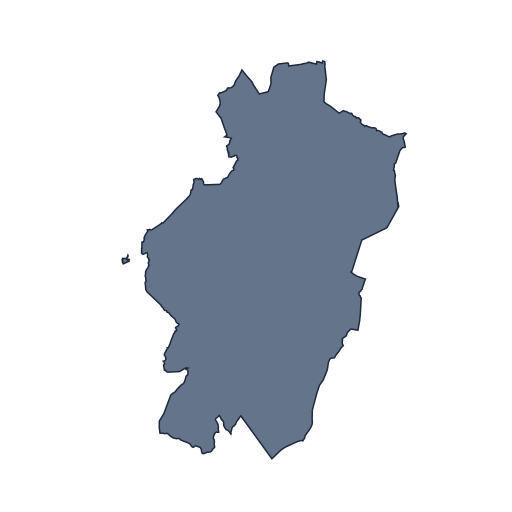 Zamora, Michoacán, Mexico, rotated 101°
{"feature_id": "50627088B36959720964142", "entity_name": "Zamora", "entity_type": "district", "adm_level": 2, "iso_a3": "MEX", "parent_name": "Mexico", "parent_adm1": "Michoacán", "projection": "mercator", "projection_center": [-102.276, 20.024], "detail": "fine", "context": "isolated", "style": "filled", "palette": "slate", "viewbox_px": 512, "rotation_deg": 101, "n_neighbors": 0, "source": "geoboundaries", "source_scale": "gbopen_adm2", "svg_char_len": 6082}
<svg xmlns="http://www.w3.org/2000/svg" viewBox="0 0 512 512"><g transform="rotate(101 256 256)"><path d="M220.2,155.2L203.3,132.9L180.3,125.3L177.8,126.2L178.9,126.5L171.6,128.5L161.5,132.1L154.4,134.4L150.4,134.5L147.1,136.1L145.7,136.5L145.4,137.5L141.9,137.3L141.3,137.6L139.1,137.8L138.6,137.0L138.1,136.6L125.0,134.8L121.8,133.0L121.4,132.2L121.2,130.9L120.7,130.2L115.6,132.3L112.6,133.9L111.7,134.1L111.0,134.1L110.1,133.6L107.3,131.9L106.8,133.5L107.3,134.2L107.4,134.8L107.8,135.2L108.3,136.5L109.0,138.7L109.1,140.0L112.4,146.4L113.4,146.9L113.5,148.5L112.3,153.0L112.2,154.6L111.1,155.7L110.9,156.4L110.5,156.3L109.6,159.2L109.5,160.0L109.9,161.5L108.5,162.1L107.7,163.0L107.6,164.2L108.1,167.0L107.5,171.1L106.9,172.4L107.5,173.6L108.0,174.0L107.2,174.7L106.7,176.8L106.3,177.5L104.8,179.2L104.3,179.2L103.6,178.9L103.1,179.1L102.7,178.9L102.2,179.1L101.7,180.5L101.1,180.9L101.0,181.3L100.8,182.0L101.3,184.2L100.6,184.3L100.3,184.9L100.1,185.3L100.4,186.3L99.1,188.3L98.1,188.9L97.7,189.6L97.7,190.1L98.4,190.9L97.9,191.7L97.5,193.5L97.0,194.5L96.9,195.3L97.2,195.6L96.6,198.0L98.9,200.3L99.9,201.7L94.7,211.7L93.1,216.2L91.7,218.7L84.6,219.9L69.4,220.6L56.5,224.7L54.6,224.8L52.1,225.7L51.9,227.8L53.8,227.7L53.8,230.1L53.5,230.5L53.5,233.3L56.1,233.2L55.7,241.6L56.7,242.3L58.6,247.2L58.9,247.2L63.2,260.1L60.8,260.9L60.4,261.8L63.2,270.6L67.2,274.5L77.8,275.5L83.9,274.2L88.4,274.7L92.4,275.4L96.3,283.7L88.4,291.3L85.7,293.3L81.7,298.6L76.1,305.3L82.6,307.0L87.5,309.2L92.7,310.2L95.2,312.1L95.9,313.1L96.3,315.4L96.6,315.9L98.6,316.5L99.2,316.8L102.3,321.0L102.7,322.8L105.7,324.2L107.0,322.8L109.0,321.7L112.7,320.2L113.9,320.4L114.2,319.9L122.1,322.7L126.9,317.3L126.9,316.9L136.1,311.6L141.6,308.2L142.9,307.5L145.0,309.5L144.8,305.5L145.2,302.6L147.0,303.2L147.7,303.7L148.2,303.8L148.9,303.3L151.6,303.9L153.5,305.8L154.3,305.7L155.0,305.0L155.7,304.7L157.2,304.5L157.6,304.0L158.2,304.0L159.1,302.9L159.3,303.2L160.0,303.0L159.9,302.6L160.1,302.4L160.9,302.5L161.6,301.8L162.2,302.2L162.7,301.9L163.8,301.7L163.7,299.2L161.8,296.3L161.0,295.5L161.1,294.8L161.7,293.6L163.1,293.5L163.5,292.6L164.3,292.3L164.6,292.5L165.5,292.2L166.4,293.2L173.7,295.3L174.5,294.5L176.2,294.3L176.5,295.1L177.3,296.2L180.6,297.8L183.7,298.7L184.3,299.1L186.6,302.4L187.8,303.1L191.5,304.3L192.6,305.3L196.0,320.1L195.7,320.7L195.0,321.4L193.5,321.5L190.4,324.0L190.5,324.4L191.4,324.8L191.2,325.3L190.6,326.2L191.7,327.1L191.2,328.6L191.2,329.1L191.4,329.6L192.8,331.7L195.7,330.8L198.3,331.3L200.3,331.0L201.6,331.3L202.5,331.0L203.0,331.3L203.6,332.3L207.8,332.2L209.7,332.8L212.4,334.6L213.4,335.1L225.2,343.5L230.3,346.5L230.5,346.5L241.3,353.5L241.5,354.9L242.0,355.0L244.9,357.8L250.3,363.4L250.6,364.5L250.1,365.3L250.7,366.1L251.0,367.7L251.4,367.6L252.2,366.9L255.7,368.4L257.9,369.1L260.2,369.3L260.6,368.8L263.7,369.1L263.8,370.4L264.2,370.6L270.1,369.5L270.3,369.7L274.5,369.0L275.3,368.6L275.8,367.8L275.7,366.9L273.4,363.6L274.9,362.8L276.1,362.5L277.7,362.5L279.1,360.8L280.1,360.6L280.4,359.8L283.2,360.5L283.6,360.4L285.5,359.2L286.2,359.7L287.6,359.6L290.2,360.9L292.9,361.4L294.3,360.9L295.7,361.1L296.8,360.9L298.0,360.3L301.8,359.1L303.2,359.8L310.1,357.7L311.9,356.2L322.1,340.3L323.5,339.0L325.0,337.0L326.3,336.0L326.9,334.7L326.8,333.5L328.2,332.5L328.2,331.0L330.6,328.3L333.4,323.5L336.4,321.4L337.0,320.4L337.2,318.9L337.7,319.0L338.4,318.7L339.5,319.1L339.8,319.6L341.5,321.3L341.9,321.3L343.0,320.1L344.4,319.6L345.0,320.8L345.7,321.3L346.6,321.2L348.4,322.0L356.7,323.5L358.1,323.5L360.6,324.2L362.3,324.3L362.6,324.5L363.0,325.4L363.1,325.2L364.1,325.2L365.3,326.0L366.9,326.1L367.2,326.5L370.4,327.3L371.2,326.7L371.5,325.9L371.8,325.7L373.2,325.3L373.8,324.7L375.5,325.1L376.3,325.8L376.9,326.8L377.2,326.1L378.0,325.9L379.1,325.2L380.8,325.9L385.6,324.1L385.4,322.8L385.7,322.8L386.7,321.9L386.8,320.3L384.0,308.9L379.1,303.4L379.1,301.8L379.9,303.2L380.3,303.4L380.5,303.3L380.6,302.5L381.1,301.6L382.7,300.4L383.4,300.6L384.1,300.4L385.6,300.4L387.2,301.7L391.9,302.0L394.4,302.6L395.5,303.3L396.7,304.7L402.1,308.2L404.6,309.3L406.4,311.0L406.7,311.6L408.7,313.1L428.4,316.4L436.4,319.4L442.9,318.2L448.2,316.5L447.7,313.5L447.8,311.9L447.6,310.8L447.1,309.8L447.2,308.9L449.1,305.7L450.4,302.5L450.5,299.1L449.8,297.0L450.0,296.2L450.9,294.9L451.1,294.0L452.7,285.7L453.1,284.9L453.6,284.6L455.5,282.4L455.8,281.3L455.4,280.6L454.3,279.7L453.8,278.8L454.6,274.2L456.3,272.8L458.8,271.9L460.1,271.0L459.8,269.1L458.0,266.6L457.2,263.7L456.2,262.5L453.6,261.6L452.9,260.9L452.0,260.3L451.3,260.1L448.1,261.4L447.5,261.2L445.7,261.5L444.4,262.0L442.9,263.2L442.0,263.3L438.7,262.8L437.5,262.3L436.5,261.4L436.2,259.0L431.9,260.4L431.0,260.2L428.0,261.5L424.4,264.6L423.0,264.4L421.9,263.2L419.7,261.9L419.5,261.5L423.4,258.5L423.3,258.0L425.4,256.0L426.7,255.8L427.6,255.4L428.6,255.4L431.2,253.2L432.1,252.3L432.3,250.5L433.4,249.0L435.6,246.6L435.1,246.5L434.4,246.9L434.3,247.2L433.6,247.0L433.4,247.2L432.8,246.9L428.8,246.7L428.1,246.3L427.0,245.1L424.9,243.9L422.7,243.6L415.8,240.4L452.0,201.7L441.6,194.4L438.3,191.1L430.4,180.2L428.7,177.0L428.3,175.7L428.6,174.8L425.2,173.4L423.2,173.6L416.0,170.3L412.4,169.1L410.1,168.8L408.7,168.9L404.7,169.9L396.2,171.3L379.1,170.1L370.8,169.0L364.8,166.3L354.2,164.3L346.6,164.6L343.3,164.0L341.9,162.7L341.0,159.6L337.2,158.3L335.2,157.1L333.0,156.1L330.6,155.3L327.2,153.2L326.0,154.4L323.8,155.0L322.9,155.1L322.1,154.9L321.0,155.4L320.5,155.5L317.8,152.7L316.8,152.1L314.8,152.0L312.9,151.2L309.6,149.0L309.4,141.8L299.9,141.9L294.0,142.4L277.2,144.7L276.3,145.6L275.3,146.1L274.8,147.2L272.5,147.9L271.9,147.9L270.4,146.5L269.7,146.4L268.3,145.5L266.9,145.5L263.2,144.9L259.3,144.5L257.8,144.1L256.6,153.0L255.5,156.0L253.6,159.9L252.7,159.0L220.2,155.2ZM285.2,380.1L283.8,379.6L283.4,380.2L284.5,381.3L283.7,382.4L282.9,382.4L282.8,382.1L280.9,381.6L280.2,381.6L279.7,381.9L282.9,382.5L283.3,383.2L283.3,384.4L283.6,384.8L283.8,386.5L284.8,386.1L285.0,386.7L287.8,385.8L287.4,385.3L289.0,384.7L285.5,379.8L285.2,380.1Z" fill="#64748b" stroke="#1e293b" stroke-width="1.5"/></g></svg>